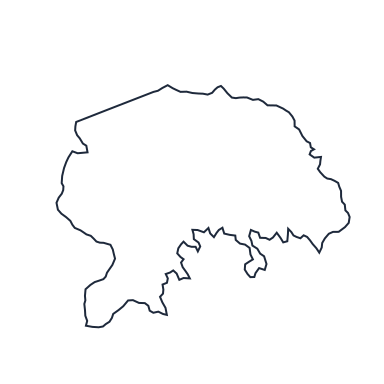 outline of Torrinha, São Paulo, Brazil, rotated 342°
{"feature_id": "56859067B22113080966075", "entity_name": "Torrinha", "entity_type": "district", "adm_level": 2, "iso_a3": "BRA", "parent_name": "Brazil", "parent_adm1": "São Paulo", "projection": "albers", "projection_center": [-48.163, -22.448], "detail": "fine", "context": "isolated", "style": "outline", "palette": "slate", "viewbox_px": 384, "rotation_deg": 342, "n_neighbors": 0, "source": "geoboundaries", "source_scale": "gbopen_adm2", "svg_char_len": 2903}
<svg xmlns="http://www.w3.org/2000/svg" viewBox="0 0 384 384"><g transform="rotate(342 192 192)"><path d="M103.5,89.6L101.4,93.5L99.9,97.3L100.3,102.5L101.8,106.2L103.2,112.2L105.8,115.3L104.9,122.0L95.2,119.8L90.8,116.3L85.2,120.9L81.7,124.6L77.7,129.7L73.5,136.6L70.8,143.3L71.5,146.9L70.1,150.4L67.6,153.4L63.5,156.2L59.8,160.4L59.0,167.4L61.1,172.3L64.5,177.0L67.4,181.9L68.1,186.1L69.4,189.9L74.1,194.0L76.3,196.8L78.5,199.7L82.2,202.4L84.1,206.0L85.8,209.6L88.7,211.7L92.2,213.0L98.1,217.0L98.9,222.2L98.5,226.7L98.2,231.6L93.7,236.8L89.2,240.2L86.2,242.5L83.8,245.8L80.8,247.5L75.9,247.6L71.6,247.6L66.6,249.0L60.7,251.6L58.1,257.7L57.1,262.1L55.0,265.2L53.7,271.4L52.3,276.7L52.5,282.2L49.8,286.4L55.6,289.5L61.4,291.8L65.8,292.4L69.1,291.0L73.4,289.9L76.9,287.0L79.4,283.6L85.7,281.6L91.3,279.4L97.7,275.4L102.4,276.6L107.3,281.1L112.8,283.1L115.3,286.7L115.1,291.8L117.9,294.9L123.0,295.4L126.8,299.1L130.1,301.1L131.0,294.0L129.7,287.8L129.2,281.8L133.0,279.7L134.6,276.0L135.4,270.9L140.1,270.6L142.3,266.7L141.7,261.9L146.3,261.8L149.9,260.8L152.2,264.8L152.8,271.6L157.4,271.2L163.2,273.5L162.5,268.9L161.3,264.9L159.9,260.6L159.8,255.7L163.2,253.3L161.0,250.3L159.0,245.8L161.6,241.3L165.4,238.4L168.6,236.6L171.2,241.7L174.5,243.9L178.5,245.2L179.2,250.3L183.0,246.3L182.6,242.1L179.2,237.4L180.5,232.6L180.7,228.1L185.6,229.9L190.9,234.0L196.5,231.3L196.5,237.0L198.9,241.7L202.7,238.5L205.8,236.4L209.9,235.4L209.8,241.5L214.6,244.4L219.7,246.8L218.8,251.1L221.7,255.9L226.2,258.4L229.5,263.0L228.3,269.5L229.1,274.9L224.9,275.9L220.2,277.2L218.2,282.1L219.5,287.2L221.2,291.0L225.0,292.1L227.3,288.8L232.3,285.1L237.1,288.6L240.6,283.5L240.7,275.4L237.8,271.7L236.6,266.1L232.9,261.6L233.4,256.9L232.7,251.7L236.3,246.3L239.3,249.0L242.5,251.1L242.6,256.6L247.9,258.5L251.0,261.4L254.9,260.3L260.0,256.9L262.0,263.0L263.2,268.1L267.4,268.3L270.1,262.0L272.1,256.7L274.1,260.8L275.1,264.7L277.6,267.1L280.8,269.5L284.8,267.7L287.6,270.3L289.3,274.4L290.7,278.8L292.9,283.9L294.3,289.0L298.2,284.9L300.1,280.7L304.0,277.2L309.2,274.0L313.7,273.5L319.2,275.2L326.6,272.7L331.5,269.8L334.2,264.5L333.9,260.2L332.2,256.9L333.4,251.2L331.7,247.6L332.3,242.7L334.1,237.0L333.7,232.4L333.8,228.5L331.0,225.4L328.1,222.7L324.8,221.0L322.6,218.3L320.1,212.9L318.8,208.8L322.3,205.3L323.7,202.1L325.5,198.5L318.9,197.1L315.5,192.6L317.7,189.8L321.2,189.1L318.8,186.2L319.4,181.9L316.7,179.2L314.3,172.9L313.2,165.6L309.9,161.3L311.6,155.8L310.8,151.3L308.8,146.1L306.5,143.5L304.4,140.8L299.0,135.8L290.6,132.9L287.7,128.1L283.8,124.2L278.4,123.2L273.5,119.1L270.0,117.9L266.4,116.9L262.7,116.3L259.1,114.5L256.2,109.0L254.1,103.5L252.3,100.1L248.7,100.3L245.4,101.7L241.8,103.9L237.0,104.2L232.8,101.9L228.5,100.3L223.0,98.0L217.8,94.9L212.0,93.2L208.4,89.9L205.7,87.3L201.9,82.9L196.0,83.9L190.9,85.2L186.3,84.9L136.4,87.7L103.5,89.6Z" fill="none" stroke="#1e293b" stroke-width="2"/></g></svg>